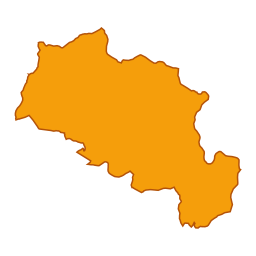 Conop, Arad, Romania (Mercator projection)
{"feature_id": "2599482B88852521299696", "entity_name": "Conop", "entity_type": "district", "adm_level": 2, "iso_a3": "ROU", "parent_name": "Romania", "parent_adm1": "Arad", "projection": "mercator", "projection_center": [21.825, 46.117], "detail": "fine", "context": "isolated", "style": "filled", "palette": "amber", "viewbox_px": 256, "rotation_deg": 0, "n_neighbors": 0, "source": "geoboundaries", "source_scale": "gbopen_adm2", "svg_char_len": 4985}
<svg xmlns="http://www.w3.org/2000/svg" viewBox="0 0 256 256"><path d="M214.5,218.2L216.7,216.9L217.0,216.4L217.8,215.6L220.0,214.9L221.8,214.3L224.7,212.7L230.2,211.7L231.3,208.2L232.0,205.9L232.4,204.7L230.7,197.4L231.0,194.3L233.3,188.9L237.6,184.5L237.8,183.1L237.5,177.2L237.8,173.4L240.6,169.6L239.5,169.0L239.2,167.6L238.9,165.4L238.9,163.9L239.0,161.9L239.0,159.9L238.0,158.6L237.0,157.9L235.1,157.3L232.1,156.6L227.9,156.2L225.6,155.7L223.5,153.9L220.8,151.6L219.2,151.5L217.7,152.4L216.0,153.6L215.2,155.0L214.7,156.1L214.6,158.2L214.1,160.2L212.4,162.8L210.5,163.9L208.3,163.9L206.9,163.3L205.9,161.9L204.5,160.6L204.0,158.5L203.9,156.6L204.3,153.1L204.1,151.4L203.2,150.1L201.9,148.1L200.7,146.9L199.7,145.7L199.3,144.2L198.9,142.0L199.9,138.4L200.0,137.1L199.3,135.0L196.6,130.9L194.9,129.1L194.4,127.6L193.7,123.6L194.3,122.0L195.1,119.8L194.6,117.0L196.6,112.3L200.0,109.7L200.7,107.9L201.8,104.8L204.4,102.2L208.2,99.4L208.7,96.1L207.9,94.6L207.5,94.2L206.1,92.6L204.8,91.8L203.5,91.9L202.4,92.0L201.6,93.5L200.6,94.1L199.3,94.1L198.2,93.9L197.0,92.7L196.9,92.2L195.4,91.9L194.9,91.2L194.5,91.0L193.6,90.6L192.5,90.6L191.5,90.9L187.4,88.1L183.3,85.6L181.0,84.3L180.2,83.0L179.6,80.7L178.9,77.7L177.9,75.6L178.1,73.5L178.3,71.5L178.4,69.8L178.5,68.7L175.9,68.0L173.1,67.9L171.2,67.2L169.3,66.5L168.2,66.1L166.4,65.6L163.8,62.6L162.5,61.9L159.6,61.5L158.0,61.8L155.9,63.2L154.0,63.1L150.1,60.7L145.5,57.2L141.1,55.0L140.2,54.9L137.2,56.4L134.7,57.8L132.9,59.3L130.8,59.7L128.8,60.4L125.1,60.2L123.3,59.9L122.3,60.8L121.3,62.9L118.0,61.9L116.5,59.8L111.7,57.1L107.6,54.3L106.8,53.1L106.3,51.2L106.5,46.1L107.7,41.7L107.9,39.3L106.6,35.4L104.7,33.2L104.4,30.6L103.6,29.8L101.4,28.0L101.1,28.3L100.1,29.3L95.6,31.8L91.9,33.6L88.8,33.4L86.8,33.9L84.7,33.8L83.8,34.0L82.2,34.3L81.6,34.7L80.5,34.9L79.5,35.4L78.0,37.5L75.6,38.6L73.8,40.6L71.7,41.8L70.3,42.2L69.4,42.5L63.6,47.1L62.7,47.8L61.3,47.7L59.3,46.3L57.1,45.7L53.7,46.1L50.0,45.0L48.6,44.9L48.0,45.1L46.8,45.9L46.3,45.9L45.5,45.5L43.3,42.3L43.0,42.3L41.1,42.1L39.6,42.2L38.4,42.7L38.5,43.7L38.2,44.8L38.2,46.4L38.4,46.9L38.8,47.7L39.3,49.0L40.1,50.1L39.6,50.9L39.0,51.9L37.7,53.7L37.7,54.4L38.4,55.7L39.0,56.6L39.3,57.5L39.1,58.5L38.9,59.9L38.7,61.1L38.4,62.6L38.1,64.3L38.0,65.6L38.1,66.7L37.2,67.6L37.1,67.9L36.9,68.5L36.6,69.2L34.2,71.9L33.6,72.6L32.8,73.3L31.7,73.3L30.7,73.6L29.5,74.4L28.8,74.3L29.1,74.6L28.6,75.7L27.9,76.7L27.6,78.0L27.6,78.9L27.3,79.7L26.7,81.0L26.8,81.4L26.8,82.3L25.5,84.0L24.7,85.8L23.5,88.7L23.3,89.8L22.5,90.9L21.2,92.5L21.4,93.9L21.4,94.1L22.0,96.1L22.7,97.9L22.7,99.7L22.6,100.6L21.3,103.3L19.8,105.7L18.0,107.6L17.5,108.1L16.6,109.7L16.0,110.7L15.4,113.2L15.4,115.4L15.5,115.6L15.8,116.3L16.0,117.7L15.8,118.1L15.7,118.8L15.9,119.2L16.0,119.9L18.4,119.0L19.0,119.1L20.5,118.6L24.3,117.5L25.2,117.2L29.1,115.4L33.0,120.1L33.3,120.5L36.8,125.6L37.0,125.8L38.7,128.6L39.4,129.0L48.6,130.2L51.0,130.5L53.1,131.0L53.9,131.1L54.5,131.0L55.8,130.8L56.0,130.6L57.1,130.9L57.7,130.9L58.1,130.8L58.8,131.0L59.2,131.3L60.1,131.7L60.7,132.4L61.5,132.5L62.9,132.7L64.4,133.0L64.5,133.0L64.5,133.3L64.3,133.7L64.4,134.0L64.5,134.1L64.7,134.4L64.8,134.6L64.8,134.8L64.7,135.1L64.7,135.7L64.9,136.3L66.2,139.3L66.8,139.0L67.7,138.7L68.7,138.6L69.2,138.5L69.8,138.7L70.6,139.0L71.0,139.2L71.6,139.7L72.3,140.2L72.8,140.5L73.2,140.7L73.8,140.9L74.3,140.9L74.9,140.9L75.3,141.0L75.8,141.0L76.4,141.2L76.9,141.4L77.7,141.9L78.3,142.1L79.5,142.4L80.1,142.6L80.7,142.8L81.2,143.0L81.3,143.0L82.2,142.8L82.8,142.8L83.1,143.3L83.7,144.0L83.9,144.8L84.3,145.8L84.7,146.4L85.1,147.6L85.2,148.4L85.0,149.8L84.5,150.7L83.8,150.7L83.6,149.1L82.9,148.3L80.9,149.8L79.3,150.4L77.6,151.5L76.9,152.2L90.7,160.8L90.2,162.3L89.1,163.1L87.6,164.3L88.7,164.4L90.4,164.7L91.8,164.8L93.2,164.8L94.3,165.1L96.0,165.4L98.3,165.7L99.5,165.5L99.9,165.1L100.8,164.5L101.4,164.1L102.3,163.5L104.6,161.9L105.3,161.8L106.5,162.0L107.6,162.6L108.1,163.3L108.3,163.9L108.2,165.4L108.2,167.1L108.0,170.0L108.2,171.4L109.2,173.2L110.4,174.1L112.0,175.1L114.6,176.5L115.8,176.7L118.7,177.0L119.8,176.8L120.3,176.4L121.0,176.3L122.2,175.8L123.5,175.1L125.9,173.4L127.0,172.9L128.6,172.1L129.5,171.6L130.0,171.1L133.6,174.5L132.5,177.4L132.8,179.2L132.5,181.1L131.6,183.8L131.2,185.0L132.0,187.6L132.8,187.6L134.6,188.8L141.5,192.5L143.4,191.6L143.7,191.0L145.7,190.1L146.5,190.0L149.5,189.7L149.9,189.6L151.7,189.7L158.2,190.3L163.3,188.4L165.5,188.2L170.4,188.8L174.1,187.2L175.9,190.7L176.9,191.8L177.9,193.0L178.5,194.3L179.7,195.1L179.9,196.3L179.8,198.2L179.9,198.9L181.3,201.2L181.2,201.8L178.9,204.7L178.3,208.9L179.7,212.6L179.9,213.5L179.6,215.4L179.5,218.7L180.1,220.0L180.9,222.9L182.8,226.0L184.5,223.3L185.5,223.1L188.5,223.4L189.2,224.9L191.3,227.0L192.6,225.6L194.2,222.5L194.9,223.4L194.4,224.4L194.3,225.3L194.7,226.6L195.8,227.9L196.8,227.9L198.1,228.0L198.7,227.4L200.3,226.4L201.5,226.6L205.0,226.7L207.2,226.1L208.3,225.2L211.2,220.6L213.9,218.6L214.5,218.2Z" fill="#f59e0b" stroke="#b45309" stroke-width="1.5"/></svg>